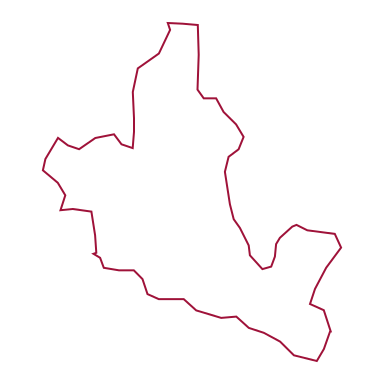 Eslöv, Skåne, Sweden (Albers equal-area conic projection)
{"feature_id": "70781695B18480802794079", "entity_name": "Eslöv", "entity_type": "district", "adm_level": 2, "iso_a3": "SWE", "parent_name": "Sweden", "parent_adm1": "Skåne", "projection": "albers", "projection_center": [13.408, 55.879], "detail": "fine", "context": "isolated", "style": "outline", "palette": "rose", "viewbox_px": 384, "rotation_deg": 0, "n_neighbors": 0, "source": "geoboundaries", "source_scale": "gbopen_adm2", "svg_char_len": 1001}
<svg xmlns="http://www.w3.org/2000/svg" viewBox="0 0 384 384"><path d="M93.5,253.8L100.1,257.8L103.8,267.8L118.8,270.3L133.8,270.3L142.5,279.1L147.5,294.1L158.7,299.1L183.7,299.1L196.2,310.4L221.2,317.9L236.3,316.6L248.8,327.9L263.8,332.8L280.1,341.6L293.9,355.3L316.8,361.0L323.9,349.0L330.1,331.4L330.7,331.4L323.8,310.2L310.0,304.0L315.0,288.9L326.2,267.7L341.1,247.6L334.8,233.9L307.3,230.3L296.5,224.9L292.3,226.6L279.9,237.8L276.1,244.1L274.9,256.6L271.2,266.6L262.4,269.1L249.9,255.3L248.7,245.4L239.9,227.9L233.7,219.2L229.9,204.2L224.9,171.8L228.6,156.8L238.6,149.3L243.6,136.9L236.1,124.4L223.6,112.0L216.1,98.3L203.7,98.3L197.5,89.6L198.7,54.8L197.8,25.0L182.6,23.7L167.8,23.0L170.1,29.9L158.9,53.5L137.8,68.4L132.8,92.0L134.0,118.2L134.0,131.9L132.7,148.1L121.5,144.3L114.0,134.3L95.3,138.0L79.1,149.2L67.9,145.4L58.0,137.9L45.4,159.0L42.9,170.3L57.8,182.8L65.3,195.3L60.5,210.2L72.7,209.0L91.4,211.6L95.1,235.3L96.3,252.8L93.5,253.8Z" fill="none" stroke="#9f1239" stroke-width="2"/></svg>